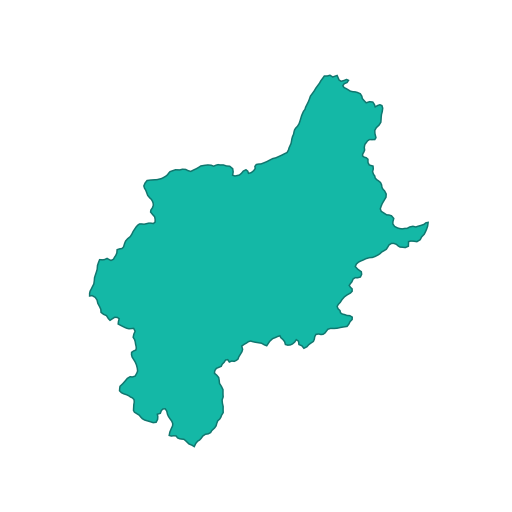 outline of Jacinto, Minas Gerais, Brazil, rotated 236°
{"feature_id": "56859067B66910938619484", "entity_name": "Jacinto", "entity_type": "district", "adm_level": 2, "iso_a3": "BRA", "parent_name": "Brazil", "parent_adm1": "Minas Gerais", "projection": "orthographic", "projection_center": [-40.323, -16.195], "detail": "fine", "context": "isolated", "style": "filled", "palette": "teal", "viewbox_px": 512, "rotation_deg": 236, "n_neighbors": 0, "source": "geoboundaries", "source_scale": "gbopen_adm2", "svg_char_len": 6094}
<svg xmlns="http://www.w3.org/2000/svg" viewBox="0 0 512 512"><g transform="rotate(236 256 256)"><path d="M153.1,255.8L154.4,257.8L156.3,259.6L157.5,262.0L156.2,264.5L154.6,265.9L153.6,267.8L153.6,270.1L155.1,274.6L154.3,277.3L152.2,280.3L150.7,283.0L149.5,286.1L148.1,289.2L146.7,292.1L147.6,294.8L149.0,297.3L149.6,300.2L151.5,301.6L154.1,300.4L155.9,298.1L157.9,296.7L159.6,295.1L161.7,294.3L163.8,295.1L166.4,294.5L168.9,295.1L169.9,297.3L170.5,300.0L171.8,303.0L172.7,306.5L172.8,309.8L172.5,313.6L173.0,316.0L175.0,317.3L177.3,316.8L179.5,316.8L180.3,318.8L180.9,320.9L182.6,323.6L182.6,326.1L181.2,327.9L180.2,330.8L181.8,333.4L184.1,334.5L185.9,333.8L188.4,332.9L191.7,332.4L193.2,334.7L193.6,337.5L193.3,340.0L192.8,342.3L192.3,345.7L191.2,349.1L189.7,351.7L189.0,354.6L188.6,358.0L188.6,360.1L189.0,362.4L188.8,365.2L188.7,367.8L189.5,369.7L190.8,372.5L190.7,375.3L189.4,377.3L187.2,378.9L184.8,379.5L182.9,380.4L181.3,382.4L179.5,384.5L178.9,387.8L182.6,390.5L181.9,392.6L180.2,394.9L177.9,397.4L177.7,401.2L179.2,404.0L180.0,407.7L181.6,410.5L182.9,412.5L184.8,415.0L187.6,417.5L188.5,415.5L188.3,412.9L189.1,409.9L190.1,406.9L190.7,404.7L192.9,402.7L194.1,399.7L194.4,396.7L195.6,394.9L196.7,392.4L198.3,390.6L200.0,389.1L203.0,387.4L206.1,387.4L207.9,388.7L210.1,391.2L213.6,390.8L215.6,389.2L217.1,387.3L220.0,386.1L223.0,384.8L225.6,385.4L227.4,387.7L228.9,390.0L230.9,394.2L232.0,396.6L234.6,398.6L238.1,399.0L240.3,398.6L242.5,398.8L244.8,399.9L247.3,400.3L249.7,399.6L251.6,398.8L254.1,398.4L255.9,399.2L257.9,399.1L260.7,399.8L262.6,401.9L265.1,403.3L268.1,400.8L270.9,401.1L273.6,402.9L275.9,402.3L277.4,401.0L279.3,400.3L280.9,401.5L281.8,403.4L283.1,405.3L285.5,406.5L287.6,408.6L288.3,410.7L289.1,412.8L289.1,415.1L287.5,417.4L286.1,419.6L287.0,421.6L291.1,423.1L293.7,424.7L295.1,427.5L295.7,431.2L297.1,434.3L299.1,435.9L301.2,437.5L303.1,439.1L305.1,441.4L307.7,443.7L310.3,444.5L312.1,443.3L312.7,441.2L313.0,438.2L315.4,438.9L318.3,438.9L320.4,436.5L321.4,433.0L324.4,432.5L327.1,432.2L329.3,433.1L332.2,433.2L334.9,431.5L336.6,430.0L338.1,428.1L339.9,426.4L341.7,425.6L344.3,424.4L346.4,423.2L348.6,423.2L349.5,425.5L348.9,428.5L349.9,430.9L351.7,429.8L352.3,427.0L353.3,424.2L355.5,423.3L360.3,424.2L361.5,419.7L364.5,418.4L365.3,415.9L367.0,413.3L365.8,410.0L364.9,407.5L363.8,405.4L361.7,399.5L360.3,396.6L359.2,393.6L358.1,390.5L356.2,388.0L354.7,385.8L353.1,383.0L351.6,380.3L350.1,378.5L349.4,376.3L347.0,372.5L345.3,370.4L343.4,368.1L341.6,365.7L340.4,363.1L339.8,360.3L338.9,358.4L337.6,356.9L335.9,355.2L334.7,353.2L333.0,351.2L331.2,349.5L329.7,348.0L328.4,345.9L327.1,343.8L325.8,342.3L324.4,339.6L324.8,337.1L325.2,333.7L325.7,330.7L326.3,327.3L327.4,324.4L327.8,321.3L328.2,317.7L328.8,314.7L329.5,311.7L330.9,309.3L331.7,307.4L330.9,305.2L329.0,304.3L328.0,301.7L327.8,298.5L328.7,296.0L330.9,296.6L333.1,295.9L333.5,293.0L332.7,290.2L332.4,287.5L334.1,283.2L336.1,281.8L338.5,284.1L341.4,285.5L345.1,284.4L347.2,281.8L349.8,279.8L351.5,277.2L352.9,275.7L353.6,273.8L354.1,271.1L356.3,269.6L358.4,267.0L360.0,263.9L361.5,260.6L361.5,258.5L361.7,255.5L362.2,252.4L362.6,249.2L364.9,247.3L367.1,246.1L369.1,243.5L370.0,240.9L372.5,237.5L373.3,234.6L374.0,231.9L373.5,229.9L372.8,228.0L372.6,225.7L372.8,222.8L373.1,220.8L373.8,218.9L374.6,216.7L376.1,214.2L378.0,210.9L379.5,207.9L378.5,204.8L376.8,202.2L374.6,201.5L372.3,201.4L370.0,200.9L366.8,200.1L363.6,200.4L361.5,200.9L359.5,200.8L357.6,200.4L355.5,199.3L353.8,197.0L352.9,194.6L351.4,193.2L348.1,193.5L345.2,193.9L342.8,192.9L340.6,191.4L340.3,189.1L342.1,187.1L343.2,185.5L344.9,181.0L346.6,179.0L347.7,177.3L347.7,175.2L347.1,172.8L345.0,167.8L343.6,165.4L342.4,162.7L342.1,159.2L341.3,156.2L339.8,154.0L337.6,151.3L337.1,149.2L338.2,146.9L338.9,144.4L336.3,142.3L334.8,139.9L334.0,137.8L333.0,136.1L333.4,133.3L335.4,132.1L337.3,131.2L337.7,128.5L338.6,126.7L340.4,124.3L338.7,121.8L336.8,119.3L333.8,116.9L331.9,114.6L329.9,112.0L328.3,110.0L325.9,108.1L323.5,105.9L322.2,103.5L320.8,101.1L319.6,98.8L318.1,97.2L315.9,95.7L314.8,98.0L311.6,99.6L308.4,99.6L305.2,98.4L301.3,98.0L298.5,97.5L295.9,96.0L292.9,97.0L290.2,98.7L286.6,98.6L284.3,99.0L284.3,101.8L284.2,104.6L282.6,106.7L280.5,107.5L278.7,105.4L276.7,103.7L274.4,104.9L271.7,106.4L269.8,107.5L268.2,108.6L266.7,110.0L264.4,114.1L261.2,113.7L259.5,111.0L257.3,108.7L254.6,108.6L252.4,107.9L250.1,106.8L248.2,106.1L246.5,105.2L245.2,103.7L245.7,101.5L245.7,99.0L243.8,97.6L241.5,96.8L235.8,96.6L232.6,96.0L229.5,94.9L226.8,93.5L225.5,91.6L224.0,88.6L224.9,85.7L226.3,84.2L226.5,80.9L225.5,77.5L224.6,74.0L224.0,70.4L222.5,69.0L220.6,67.5L217.9,68.0L215.7,69.3L213.4,71.1L211.2,72.4L209.3,73.1L207.5,74.2L205.2,74.6L203.0,73.4L201.0,71.5L196.5,68.1L194.5,67.9L189.3,70.2L186.9,70.4L184.6,70.8L182.2,72.0L177.1,76.2L175.3,77.6L174.0,80.2L175.6,83.1L177.8,84.8L180.0,85.7L179.1,88.7L180.8,91.1L181.2,93.3L180.1,95.3L177.4,95.3L174.2,94.1L171.8,93.7L169.0,93.7L166.1,93.8L163.5,93.2L161.8,91.8L160.3,89.3L158.2,86.1L155.8,83.7L154.1,85.1L153.1,87.1L151.6,89.1L149.0,89.3L147.2,90.5L145.8,92.0L144.4,93.7L142.5,94.3L137.7,95.3L135.0,97.1L132.5,98.2L134.3,101.3L135.1,104.1L135.0,106.3L135.5,108.5L136.5,111.3L136.5,114.4L135.3,116.9L135.0,119.6L136.0,121.7L136.6,125.5L137.5,127.9L139.3,130.0L140.8,132.2L141.1,134.7L142.0,136.7L143.3,138.5L144.5,141.2L147.0,142.8L149.6,144.6L152.7,145.8L155.6,147.4L157.6,150.0L159.5,151.1L163.7,153.9L167.2,154.4L170.8,154.5L173.4,155.9L176.1,157.1L179.2,156.8L182.0,156.0L184.0,157.7L185.0,160.3L184.0,165.5L185.2,167.5L185.7,170.1L186.8,172.6L185.9,174.6L183.0,174.6L182.5,177.1L180.8,179.1L180.5,181.4L180.6,183.4L182.0,185.3L184.5,190.8L186.1,192.7L189.3,193.8L189.4,196.9L189.2,199.1L189.2,201.9L188.5,204.0L186.9,205.3L185.1,207.0L180.6,211.8L177.6,213.3L175.6,214.7L177.6,219.6L178.2,223.6L177.6,226.3L177.2,228.8L176.5,231.2L174.4,230.9L171.8,231.6L168.9,231.8L166.2,230.9L164.3,232.5L163.1,234.7L162.7,237.0L163.0,239.9L164.1,242.6L161.6,243.6L158.6,242.1L156.0,243.8L152.7,244.1L152.3,247.5L153.0,250.1L153.1,252.4L153.1,255.8Z" fill="#14b8a6" stroke="#0f766e" stroke-width="1.5"/></g></svg>